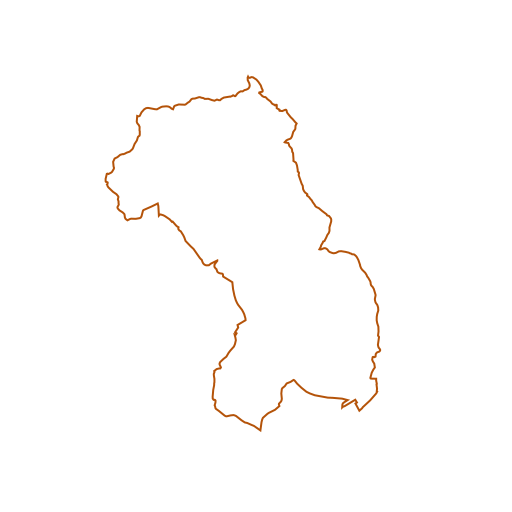 outline of Corrales, Boyacá, Colombia, rotated 299°
{"feature_id": "7082276B21264434170875", "entity_name": "Corrales", "entity_type": "district", "adm_level": 2, "iso_a3": "COL", "parent_name": "Colombia", "parent_adm1": "Boyacá", "projection": "mercator", "projection_center": [-72.84, 5.824], "detail": "fine", "context": "isolated", "style": "outline", "palette": "amber", "viewbox_px": 512, "rotation_deg": 299, "n_neighbors": 0, "source": "geoboundaries", "source_scale": "gbopen_adm2", "svg_char_len": 6113}
<svg xmlns="http://www.w3.org/2000/svg" viewBox="0 0 512 512"><g transform="rotate(299 256 256)"><path d="M409.0,162.1L408.0,162.2L405.8,163.5L403.7,166.5L402.2,167.8L400.8,168.3L399.5,168.3L398.2,167.9L396.7,166.8L395.5,165.5L393.5,164.5L392.6,162.8L391.3,161.9L389.2,161.0L385.9,160.5L385.6,160.2L385.5,159.7L385.6,158.4L385.4,158.0L384.3,157.5L382.8,156.2L382.8,155.9L379.0,151.1L376.6,149.6L374.9,149.1L374.3,148.1L373.9,146.0L371.7,144.4L371.0,141.8L370.4,138.1L368.6,135.1L368.6,133.4L368.0,131.6L367.7,129.9L367.2,129.1L364.1,126.2L362.9,124.3L362.4,123.9L361.9,123.5L358.8,123.0L357.0,122.0L354.5,121.0L353.8,120.4L351.1,115.0L348.3,112.4L347.7,112.0L347.0,111.9L344.1,112.3L343.9,110.7L344.2,109.6L344.4,108.0L344.1,106.5L343.4,104.9L341.3,101.8L340.4,100.9L336.2,98.2L335.4,96.4L333.4,90.3L332.9,89.3L332.0,88.2L330.1,87.1L326.1,86.2L322.3,86.4L321.5,85.9L321.1,85.4L320.9,84.2L315.6,86.6L314.5,87.9L313.7,90.0L312.5,91.6L309.4,93.2L308.7,93.9L305.8,95.5L304.8,95.8L303.3,95.1L302.6,95.1L299.3,95.8L295.1,95.5L290.9,96.1L289.5,96.1L286.0,94.9L283.7,92.8L282.1,91.8L280.7,90.6L280.4,89.9L278.7,88.2L275.3,86.9L272.7,85.1L269.1,85.4L265.3,88.0L264.2,89.1L263.2,89.4L259.8,89.3L258.7,88.9L256.2,87.2L256.0,86.1L255.5,85.7L250.5,87.1L248.4,88.3L248.1,88.8L248.4,89.6L248.4,90.6L247.3,91.1L246.3,91.0L246.2,91.4L245.4,92.0L244.5,93.5L242.8,99.8L242.4,104.0L241.3,106.7L240.8,107.1L238.6,107.7L237.1,109.3L235.5,110.2L234.7,110.9L234.0,111.1L231.8,111.1L231.1,111.4L230.5,112.2L229.7,114.5L229.5,118.2L228.9,120.4L228.5,120.9L226.1,122.7L225.3,123.8L225.1,124.7L224.9,126.3L227.2,127.8L228.1,128.7L230.2,132.8L232.8,136.0L233.8,136.6L235.3,136.6L240.7,135.2L241.6,135.3L248.7,140.7L254.3,144.6L252.3,146.4L244.2,151.5L245.8,151.9L246.1,152.4L246.7,155.3L246.7,157.3L246.2,162.7L245.1,166.0L245.7,166.4L243.9,171.4L243.6,172.6L243.6,174.3L242.2,174.8L241.8,175.2L241.2,176.5L241.1,178.3L238.9,182.3L237.4,184.4L235.0,187.1L232.8,194.2L231.9,197.9L227.1,207.7L226.5,209.4L226.4,210.3L224.5,212.5L223.9,213.5L223.5,214.8L223.5,216.1L223.8,217.2L225.1,219.3L227.4,220.2L233.3,224.3L233.0,224.5L229.0,223.9L228.0,224.0L226.9,224.6L226.4,224.9L226.1,225.4L225.5,226.8L225.3,227.8L223.6,229.7L223.3,230.3L223.2,231.9L223.5,233.3L224.1,234.8L224.2,235.4L223.6,236.2L222.1,237.2L221.6,248.0L215.9,252.0L210.9,256.3L207.5,259.8L205.8,262.1L204.7,263.9L202.1,269.9L200.7,272.1L199.3,274.0L196.3,277.0L194.8,278.0L186.7,273.3L184.8,275.1L179.2,274.7L179.0,276.5L177.5,276.5L177.1,275.2L174.7,277.5L172.6,279.2L168.8,280.3L166.1,280.6L160.8,279.4L158.1,279.0L153.6,278.9L150.1,277.4L145.9,276.1L144.4,276.2L143.4,276.8L141.6,279.3L140.4,279.3L139.7,278.2L138.0,276.4L135.1,275.2L134.5,275.9L132.3,276.3L130.9,277.2L128.4,279.2L125.3,280.9L124.7,281.0L122.5,282.1L118.2,283.5L111.9,286.3L110.3,287.3L109.7,288.5L109.7,289.0L110.2,289.5L110.2,290.2L109.8,290.8L108.1,291.6L105.4,292.2L104.9,292.9L103.2,294.4L102.9,295.0L102.5,298.6L101.2,305.9L101.2,307.1L101.5,308.0L104.3,311.1L106.0,313.5L106.3,315.0L106.4,316.1L105.3,323.0L105.0,326.9L105.7,329.3L106.1,334.1L106.4,336.5L105.6,344.4L113.3,341.4L115.9,340.7L117.8,340.5L123.5,342.5L124.9,343.2L130.7,347.2L136.1,349.2L137.4,347.9L138.0,347.7L140.7,348.4L141.8,348.4L143.5,347.9L148.0,344.8L152.1,343.1L153.2,343.1L156.2,344.3L159.4,344.6L162.7,347.3L165.8,348.9L165.9,349.5L165.7,350.4L164.3,353.8L162.8,359.6L161.7,365.9L161.9,369.7L162.7,374.9L166.9,387.4L169.1,391.8L173.0,400.5L174.4,406.0L170.9,404.1L169.2,403.4L167.9,403.6L165.4,404.8L166.1,405.0L167.8,406.4L178.4,412.5L176.8,415.3L175.2,414.5L170.8,421.4L174.2,422.6L175.5,422.7L185.0,425.8L194.2,427.8L195.9,427.7L195.8,427.4L198.6,426.2L202.2,423.6L202.7,423.7L205.3,421.5L206.9,420.6L204.5,416.0L204.5,415.5L204.9,415.1L210.0,413.8L213.6,413.7L216.1,414.0L219.2,411.6L220.4,409.4L221.6,407.9L223.6,407.2L224.2,407.1L224.6,407.4L225.0,408.7L226.0,409.3L228.2,408.3L229.6,408.4L230.5,408.7L232.2,410.2L233.3,410.4L234.0,410.2L234.7,409.3L235.2,408.0L235.8,407.1L237.4,405.7L244.7,402.9L245.1,402.5L245.2,401.9L245.6,401.3L249.3,399.8L253.5,397.3L256.0,394.6L258.3,392.7L260.0,391.8L261.3,391.1L264.1,390.1L267.5,389.4L268.2,389.0L270.1,387.8L271.3,386.6L272.2,385.5L272.8,384.0L273.5,382.9L275.0,381.5L276.0,380.8L279.5,379.7L280.1,379.3L284.3,375.0L285.6,372.8L285.8,371.8L286.4,370.6L287.4,369.7L288.6,368.9L289.4,368.0L291.6,364.3L291.9,363.3L293.1,361.8L294.3,359.6L295.5,355.4L296.3,353.8L298.0,351.7L298.5,351.5L302.1,347.5L303.8,344.9L304.4,343.6L304.9,341.4L304.8,340.7L304.1,339.2L304.2,337.8L303.9,336.9L303.9,335.6L303.0,332.3L301.5,328.1L300.2,326.2L297.5,324.4L296.4,323.1L295.9,322.3L295.6,321.1L295.2,318.4L295.5,317.0L296.4,315.1L296.5,313.2L295.9,311.8L293.3,309.7L292.8,308.9L292.6,308.2L295.5,308.2L296.9,307.8L300.0,307.9L301.2,307.7L302.2,308.6L302.6,308.6L306.0,308.5L309.1,308.2L311.5,308.5L313.6,308.1L316.6,306.4L322.7,305.0L324.4,304.1L325.2,303.3L326.4,300.5L326.0,298.5L326.7,297.4L327.4,292.2L328.3,287.8L328.1,285.1L328.4,283.7L329.1,282.7L330.7,279.3L331.7,277.8L332.2,276.2L333.3,273.7L333.6,271.3L333.9,271.1L334.7,271.1L335.0,270.8L335.3,268.2L336.2,266.3L337.3,264.8L340.1,262.8L341.3,260.9L347.5,254.0L349.4,253.4L349.9,252.9L350.1,251.6L351.6,250.7L355.1,247.9L357.0,245.7L357.3,242.6L358.6,242.0L363.7,238.7L364.2,238.2L364.7,237.2L366.4,236.0L367.3,235.0L368.3,232.0L368.9,231.2L369.6,230.7L370.5,229.4L369.4,226.4L369.4,225.9L371.8,226.5L373.1,227.3L374.9,228.9L375.8,229.4L377.0,229.5L378.4,229.4L382.6,228.4L385.8,228.8L386.4,228.7L389.1,227.4L391.6,227.3L392.1,225.4L393.5,221.7L394.2,219.1L396.3,214.0L396.9,213.2L398.1,212.2L398.4,211.5L398.4,211.2L397.7,210.4L395.5,208.7L394.4,206.2L394.6,205.9L395.1,206.0L395.4,205.6L395.3,203.2L395.4,202.4L397.9,201.1L398.2,200.8L398.0,200.2L397.0,199.8L396.9,199.1L397.2,198.4L397.0,197.3L397.1,196.1L398.2,193.8L398.8,189.7L399.4,188.2L399.5,187.1L399.0,186.1L398.9,184.1L399.8,181.5L400.1,179.7L400.7,179.6L402.8,181.9L403.5,181.9L404.4,181.3L405.4,179.8L407.5,177.5L409.5,173.6L410.5,170.8L410.8,166.7L410.2,165.2L408.8,164.2L408.6,163.7L408.6,162.7L409.0,162.1Z" fill="none" stroke="#b45309" stroke-width="2"/></g></svg>